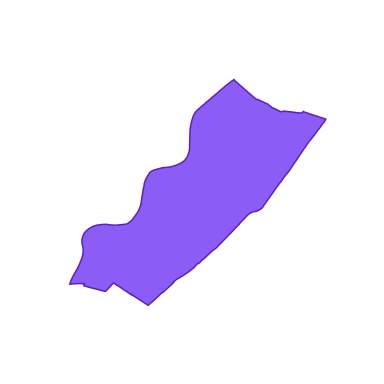 Lopik, Utrecht, Netherlands (Natural Earth projection), rotated 149°
{"feature_id": "6326949B97795105718991", "entity_name": "Lopik", "entity_type": "district", "adm_level": 2, "iso_a3": "NLD", "parent_name": "Netherlands", "parent_adm1": "Utrecht", "projection": "natural_earth1", "projection_center": [4.939, 51.982], "detail": "fine", "context": "isolated", "style": "filled", "palette": "violet", "viewbox_px": 384, "rotation_deg": 149, "n_neighbors": 0, "source": "geoboundaries", "source_scale": "gbopen_adm2", "svg_char_len": 5538}
<svg xmlns="http://www.w3.org/2000/svg" viewBox="0 0 384 384"><g transform="rotate(149 192 192)"><path d="M98.0,266.7L100.6,266.6L103.3,266.3L107.7,265.8L112.5,265.0L117.3,264.2L119.7,263.7L124.8,263.0L128.5,262.3L133.5,261.5L136.1,261.0L138.9,260.6L145.6,259.4L146.2,259.2L148.2,258.5L149.4,258.0L149.7,257.7L151.5,256.6L153.1,255.3L154.5,254.1L156.0,252.7L157.3,251.3L160.2,248.1L161.3,246.8L164.3,242.1L167.0,237.9L167.7,236.8L169.4,234.3L170.4,232.5L171.0,231.5L172.3,229.7L173.6,228.2L175.2,226.8L176.9,225.4L178.6,224.3L180.6,223.4L182.9,222.7L185.3,222.5L187.6,222.6L190.1,222.9L192.4,223.3L194.8,223.8L197.2,224.5L198.7,225.1L199.5,225.5L201.3,226.3L203.9,227.6L204.8,227.9L206.1,228.4L210.7,229.7L212.6,230.2L214.6,230.6L216.5,230.7L218.3,230.4L218.5,230.3L219.0,230.1L222.1,228.4L224.2,227.3L226.1,225.9L228.1,224.3L229.0,223.4L229.6,222.2L230.2,221.7L230.6,221.4L231.5,220.5L235.8,215.3L236.3,214.8L236.9,214.2L237.3,213.7L242.1,207.8L243.5,206.5L244.9,205.4L245.3,205.0L246.9,204.0L249.9,202.2L254.1,200.4L258.2,198.7L262.9,198.2L263.7,198.2L264.8,198.3L270.9,201.1L274.2,202.7L277.6,204.9L280.6,207.2L280.7,207.4L282.2,208.5L284.5,209.8L287.9,211.4L290.6,212.6L293.8,213.4L297.1,213.6L299.0,213.6L300.3,213.5L302.0,213.2L303.5,212.9L304.5,212.6L306.2,211.9L308.9,209.9L311.1,207.5L312.5,205.1L313.3,202.9L314.0,200.6L315.5,197.7L317.9,194.5L320.7,191.8L324.4,189.0L327.8,186.6L331.7,184.3L336.0,181.9L339.8,179.5L342.9,177.2L344.2,175.9L342.3,174.9L342.1,175.0L340.4,174.0L336.4,171.9L333.0,169.8L331.5,168.9L331.7,168.7L332.1,168.3L332.6,167.8L333.0,167.3L332.6,166.8L332.2,166.4L331.2,165.4L330.4,164.5L328.8,162.9L328.6,162.6L326.4,160.4L326.1,160.1L325.0,159.0L323.8,157.8L323.2,157.2L318.9,152.8L317.8,151.7L317.6,151.5L317.4,151.4L317.2,151.3L313.8,152.2L308.2,153.9L306.4,154.4L306.1,154.4L304.6,151.2L304.2,150.5L303.8,149.6L303.4,148.9L302.0,146.0L301.5,144.9L300.8,143.3L300.3,142.4L300.1,141.9L299.5,140.6L299.1,139.7L298.4,138.3L298.1,137.5L297.9,137.2L297.8,136.9L297.7,136.9L297.5,136.4L297.3,136.1L297.1,135.7L296.9,135.8L296.9,135.7L296.8,135.8L296.4,134.9L296.1,134.1L293.8,129.4L290.9,123.5L289.4,120.4L287.9,117.4L279.9,118.9L274.9,119.9L271.9,120.6L268.9,121.2L268.8,120.9L264.2,121.8L263.0,122.0L262.6,122.1L262.2,122.2L260.7,122.5L259.2,122.8L257.0,123.3L256.0,123.5L255.6,123.6L254.2,124.0L254.4,124.3L253.4,124.5L252.9,124.6L250.3,125.1L250.0,125.1L249.3,125.0L248.0,124.9L247.2,124.9L244.9,125.0L242.5,124.9L242.0,124.9L241.8,125.0L240.8,125.0L240.5,125.0L240.4,125.0L239.5,125.1L239.0,125.2L237.8,125.2L236.8,125.3L235.3,125.3L235.1,125.4L232.1,125.8L230.8,125.9L230.5,126.0L228.9,126.2L226.5,127.1L225.9,127.3L224.8,127.5L224.4,127.6L223.6,127.8L223.5,127.6L223.3,127.6L223.2,127.3L222.9,127.4L222.4,127.5L221.9,127.5L221.7,127.6L221.0,127.7L220.7,127.8L220.1,128.0L218.9,128.3L217.5,128.6L217.2,128.6L216.1,128.6L215.8,128.7L215.3,128.8L211.7,129.6L210.3,129.9L206.7,130.8L206.2,130.9L204.6,131.1L204.3,131.2L203.9,131.2L203.7,131.2L202.4,131.3L202.2,131.3L200.7,131.4L199.3,131.7L198.3,132.0L197.0,132.4L191.5,133.8L190.6,134.1L189.6,134.3L188.2,134.7L187.1,135.0L186.3,135.2L182.2,136.3L180.8,136.7L180.3,136.8L179.3,137.0L179.0,137.2L178.0,137.4L176.5,137.8L175.3,138.1L175.2,138.2L174.5,138.4L173.3,138.8L170.6,139.5L169.2,139.8L167.8,140.2L167.9,140.4L167.0,140.6L166.1,140.9L165.9,140.9L163.3,141.6L160.9,142.2L160.4,142.4L159.7,142.5L159.1,142.7L158.9,142.7L157.4,143.2L156.2,143.4L155.4,143.6L154.9,143.8L154.0,143.9L153.9,143.9L153.1,143.8L152.9,143.8L152.3,143.7L151.1,143.7L150.6,143.7L150.3,143.7L150.0,143.7L149.6,143.6L149.4,143.5L149.2,143.4L149.0,143.2L148.4,142.9L148.2,142.8L148.0,142.7L147.5,142.6L147.1,142.5L146.4,142.1L146.1,142.1L145.8,142.1L145.2,142.0L144.8,142.1L143.8,142.0L141.8,142.0L141.2,142.0L140.5,142.1L140.3,142.2L139.4,142.5L138.8,142.7L138.6,142.9L138.4,143.0L137.9,143.3L137.6,143.4L137.4,143.5L137.2,143.6L136.8,143.8L136.1,144.1L135.8,144.2L134.8,144.6L134.6,144.8L134.3,144.9L131.7,146.0L129.7,146.9L129.6,147.0L129.4,147.1L128.6,147.3L128.4,147.3L128.1,147.4L127.9,147.5L127.7,147.6L127.0,148.1L126.9,148.2L126.1,148.5L125.8,148.6L124.8,149.0L123.4,149.6L121.0,150.7L117.2,152.4L115.6,153.0L114.3,153.6L113.4,154.0L113.1,154.1L112.3,154.4L111.9,154.5L111.7,154.6L111.4,154.5L111.5,154.6L110.5,155.0L108.2,156.0L106.1,157.0L103.8,157.9L102.3,158.5L99.2,159.5L98.7,159.7L96.9,160.6L96.2,160.8L94.5,161.7L92.6,162.5L91.9,162.9L90.9,163.4L90.1,163.7L89.3,164.1L88.4,164.5L85.9,165.6L81.3,167.8L77.7,169.5L76.4,170.1L75.5,170.5L74.0,171.2L69.8,173.1L68.7,173.6L68.0,173.9L67.6,174.1L67.1,174.3L66.7,174.5L66.4,174.6L65.3,175.1L65.0,175.2L64.0,175.5L63.2,175.7L62.4,176.1L61.3,176.5L60.4,176.8L59.3,177.3L58.8,177.5L56.9,178.2L56.0,178.6L53.2,179.8L48.9,181.4L48.0,181.7L45.4,183.0L45.0,183.2L44.8,183.2L43.3,183.7L41.6,184.3L41.3,184.6L41.2,184.9L40.4,185.1L40.1,185.3L39.8,185.5L41.3,187.4L41.9,188.1L43.6,190.0L44.6,191.1L45.6,192.4L47.1,194.0L47.7,194.7L51.6,199.2L52.3,200.1L54.3,202.5L54.5,202.7L54.8,203.0L55.0,203.3L55.1,203.7L57.2,203.2L57.5,203.3L58.3,203.8L59.6,204.7L66.0,209.8L67.8,211.1L68.7,211.8L69.8,212.7L70.9,213.5L71.4,213.9L71.7,214.0L72.1,214.2L73.5,214.4L74.0,214.8L75.0,215.7L75.4,216.0L75.5,216.5L76.6,218.4L77.6,220.0L78.4,221.2L78.9,221.8L79.7,222.6L80.6,225.2L81.9,228.6L82.0,228.5L84.5,232.3L84.6,232.5L88.2,237.8L88.7,238.1L88.8,238.0L89.1,238.3L89.4,238.9L89.5,239.2L89.9,240.6L90.1,241.1L90.8,243.2L91.2,244.6L91.4,245.0L95.9,259.0L97.7,264.6L97.9,265.0L98.0,266.7Z" fill="#8b5cf6" stroke="#5b21b6" stroke-width="1.5"/></g></svg>